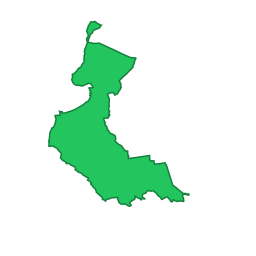 Trang Bang, Tây Ninh, Vietnam, rotated 121°
{"feature_id": "81297802B3309919066987", "entity_name": "Trang Bang", "entity_type": "district", "adm_level": 2, "iso_a3": "VNM", "parent_name": "Vietnam", "parent_adm1": "Tây Ninh", "projection": "natural_earth1", "projection_center": [106.323, 11.105], "detail": "fine", "context": "isolated", "style": "filled", "palette": "green", "viewbox_px": 256, "rotation_deg": 121, "n_neighbors": 0, "source": "geoboundaries", "source_scale": "gbopen_adm2", "svg_char_len": 5837}
<svg xmlns="http://www.w3.org/2000/svg" viewBox="0 0 256 256"><g transform="rotate(121 128 128)"><path d="M64.0,157.4L66.3,162.1L67.5,171.1L68.0,177.5L70.1,196.4L71.8,198.8L72.9,200.5L73.3,201.4L74.2,204.1L75.3,206.5L72.7,207.3L68.6,208.1L66.2,208.3L65.2,207.5L62.7,207.9L62.0,207.8L60.3,206.7L58.5,205.2L57.1,204.2L56.3,203.9L54.8,203.9L53.6,203.8L54.0,204.7L53.9,206.7L54.1,207.6L54.2,208.3L54.2,208.8L53.7,210.2L53.8,211.2L53.9,211.6L54.4,212.0L55.2,212.5L56.0,214.4L57.0,214.5L57.7,214.4L58.6,214.6L59.4,214.3L60.5,214.7L61.0,214.7L62.2,214.1L63.7,214.0L66.3,213.3L66.8,212.9L66.9,212.1L67.7,211.5L68.3,210.5L69.0,209.9L69.8,209.4L70.3,209.3L72.2,209.6L73.1,209.3L74.4,208.3L75.1,207.2L75.6,206.9L78.3,206.3L80.0,205.8L81.4,205.8L82.2,205.7L84.6,204.9L85.3,204.5L86.9,203.0L87.2,202.9L88.2,202.9L88.7,202.9L89.3,202.3L91.9,201.2L93.4,199.7L96.2,200.1L97.5,200.1L99.1,199.8L100.2,199.9L101.7,200.9L102.2,201.1L103.8,201.3L105.5,201.2L107.1,201.8L108.4,201.9L108.8,202.0L109.5,202.6L110.9,203.4L111.9,202.3L113.5,201.6L114.9,201.3L115.6,201.0L116.2,200.4L117.3,198.8L117.9,197.5L118.2,196.3L118.2,195.8L117.6,193.5L117.3,192.9L116.4,191.6L115.9,189.4L115.5,188.7L112.7,186.8L109.7,184.4L109.5,184.0L109.3,183.2L109.4,182.6L110.1,180.6L111.2,178.8L112.1,179.4L112.4,180.1L113.0,180.8L113.4,181.8L113.6,182.1L113.8,182.1L114.0,181.9L114.3,181.0L114.6,180.7L115.3,180.4L115.5,180.2L116.0,178.7L116.3,178.3L116.6,178.3L117.2,178.7L118.0,178.4L118.2,178.1L117.9,177.1L118.1,176.8L119.7,177.5L119.9,177.4L120.2,176.3L120.7,176.0L122.0,176.2L122.5,175.9L123.1,176.0L124.8,175.9L125.3,175.8L126.9,177.0L131.0,178.4L138.4,182.3L140.7,183.9L143.6,186.2L147.9,190.1L149.0,192.1L148.0,192.7L148.4,193.2L148.6,194.4L149.0,195.3L149.4,194.8L151.9,192.6L154.8,196.9L155.5,196.4L156.4,195.5L156.7,195.1L156.7,194.8L157.8,194.0L158.6,193.9L160.6,193.1L163.2,192.5L165.5,192.3L166.2,192.5L167.4,193.3L169.5,192.8L171.3,192.7L172.7,192.3L177.7,189.9L179.2,189.4L180.8,188.7L180.8,188.0L181.6,187.9L183.8,186.7L184.3,186.5L184.7,186.7L182.0,182.9L182.1,179.9L181.9,178.4L182.0,178.1L182.7,177.1L183.0,176.2L183.7,173.4L184.0,172.6L184.3,172.3L184.3,172.0L185.4,171.3L187.6,170.9L188.5,170.3L188.7,169.8L189.5,166.8L189.2,166.0L189.4,163.2L189.5,162.9L190.3,162.7L190.3,162.4L190.0,162.1L189.2,161.0L188.8,159.9L188.8,159.5L189.2,158.2L189.2,157.4L189.0,156.4L189.0,154.9L188.7,154.5L188.7,154.1L189.0,153.1L189.7,152.1L189.9,152.0L190.7,152.0L191.0,151.9L191.1,151.7L190.9,150.7L190.9,150.0L191.2,149.4L191.4,148.0L191.3,147.5L190.9,145.4L190.8,144.0L190.9,143.6L191.5,142.8L191.5,142.5L191.4,135.9L193.5,135.8L193.6,131.7L194.3,131.7L194.7,131.0L195.2,131.0L197.0,126.0L196.8,125.7L197.2,124.5L198.1,123.2L199.4,122.1L199.6,120.2L200.5,116.4L200.5,115.1L201.3,113.7L202.4,113.1L202.0,112.4L202.2,109.6L200.9,109.6L199.9,109.3L198.2,107.4L196.3,106.2L195.4,104.7L193.6,102.3L193.1,101.5L192.9,101.0L193.0,100.7L194.4,100.3L195.4,98.6L196.4,97.5L196.6,96.6L196.8,95.3L196.8,94.9L196.6,94.2L194.5,91.1L194.5,89.3L194.6,87.6L194.3,86.5L193.9,86.0L193.1,85.4L192.7,85.5L192.4,85.8L192.1,86.7L191.7,87.4L191.5,87.7L190.8,87.9L190.1,87.9L188.4,87.0L187.1,86.6L186.3,85.8L186.0,85.6L184.0,85.9L183.2,86.8L182.9,86.9L182.7,86.6L182.6,86.0L182.8,84.6L182.9,83.3L182.6,82.5L182.5,81.6L182.5,81.0L183.0,80.2L182.8,79.7L182.0,79.8L181.5,79.6L180.8,78.6L180.5,77.6L180.2,77.1L179.8,77.3L180.0,79.2L179.7,80.0L178.9,80.6L178.2,80.9L177.1,81.2L176.8,81.2L176.4,80.9L175.5,79.8L175.1,79.5L174.8,79.3L173.4,79.2L171.9,78.9L171.2,78.7L170.9,77.3L170.6,76.3L170.1,75.5L169.1,74.5L168.9,73.9L168.9,73.5L169.1,72.7L169.1,71.5L169.3,70.4L169.3,69.5L169.5,69.2L170.0,68.9L170.4,68.2L170.7,65.0L170.9,64.2L171.8,62.6L171.8,62.3L171.6,61.9L168.9,60.6L168.0,59.7L167.1,59.3L166.9,59.1L166.9,58.7L167.2,57.5L167.6,56.4L168.0,55.0L168.9,53.7L168.9,53.1L168.8,52.5L168.3,52.0L167.9,51.9L167.7,52.0L166.9,52.5L166.5,52.5L166.4,52.4L166.1,51.4L166.0,49.5L165.8,48.3L165.5,47.7L164.6,47.0L163.9,46.0L163.2,44.7L162.5,42.8L162.2,42.5L161.9,42.6L159.4,44.4L159.1,45.2L158.1,46.3L157.6,46.6L157.2,46.5L156.4,46.2L155.9,45.8L155.2,44.3L154.5,42.0L154.1,41.3L153.3,41.9L154.2,43.2L154.6,45.3L155.8,47.0L155.5,48.2L154.7,54.3L154.3,56.1L154.0,60.0L153.9,60.3L139.9,76.1L140.2,76.4L139.6,77.3L138.7,78.3L142.5,82.7L145.3,86.6L142.8,89.0L143.8,90.4L144.7,91.9L144.0,92.7L142.9,93.7L140.9,95.2L140.5,95.3L145.6,101.6L147.7,104.2L149.0,105.7L154.0,111.9L151.5,113.2L151.8,113.8L148.6,116.0L148.0,116.3L149.0,118.9L148.2,120.6L148.0,121.4L147.1,123.2L146.6,124.5L146.6,125.4L146.8,126.6L146.7,128.4L146.0,132.0L145.9,132.4L145.6,132.6L143.8,132.7L143.0,133.5L142.0,134.2L141.3,135.1L141.2,135.5L141.1,136.2L141.5,137.8L141.5,138.1L141.3,138.5L141.2,139.0L141.8,140.4L141.4,141.0L141.3,141.7L140.3,143.1L140.3,143.6L140.4,144.3L140.3,144.7L139.3,145.0L137.4,147.7L137.3,149.3L137.1,149.5L136.4,149.8L135.8,150.3L135.5,150.4L135.2,150.1L134.4,151.5L132.5,153.9L131.7,153.2L130.3,151.3L130.1,150.4L126.8,150.3L126.8,151.2L125.8,150.9L125.5,152.1L123.6,152.1L123.5,152.4L122.9,152.5L122.7,153.5L122.4,153.9L122.0,154.0L121.6,154.5L121.2,154.8L119.0,155.1L117.3,156.7L115.0,157.7L114.0,158.3L113.5,158.5L112.8,159.0L111.9,159.9L111.7,160.4L110.3,162.1L110.0,162.6L109.5,163.0L108.2,162.2L106.8,161.0L106.0,160.1L105.6,159.5L105.5,158.9L105.4,158.2L105.9,157.2L106.6,156.3L105.5,155.5L103.8,154.6L103.0,154.6L101.5,154.8L100.0,154.6L98.4,154.6L97.4,154.8L96.9,154.6L95.8,155.8L94.2,156.6L93.6,157.1L93.4,157.5L93.3,158.2L92.9,158.3L92.8,158.5L92.7,158.7L92.7,159.0L92.5,159.8L92.1,160.0L91.8,159.9L91.5,159.6L90.6,159.6L89.5,159.3L89.1,158.9L87.9,159.2L87.1,158.6L84.3,157.8L82.0,157.0L81.0,156.9L80.0,156.6L78.6,156.4L77.2,155.9L73.7,155.1L73.4,155.1L72.8,155.6L70.9,155.7L70.2,156.0L69.1,156.1L66.5,157.0L64.6,157.0L64.2,157.2L64.0,157.4Z" fill="#22c55e" stroke="#15803d" stroke-width="1.5"/></g></svg>